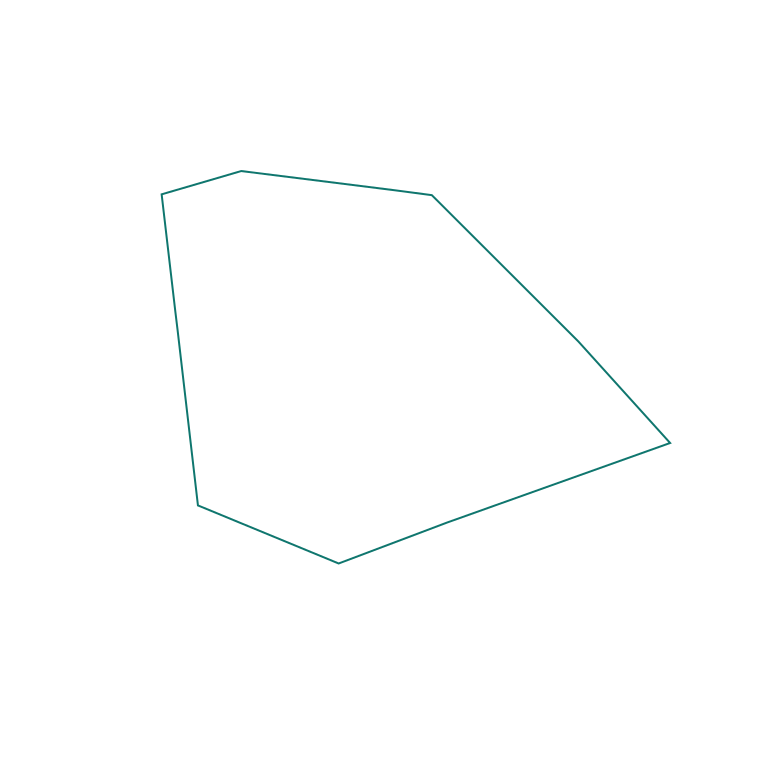 Bom Jesus, Rio Grande do Norte, Brazil, rotated 296°
{"feature_id": "56859067B58968790260972", "entity_name": "Bom Jesus", "entity_type": "district", "adm_level": 2, "iso_a3": "BRA", "parent_name": "Brazil", "parent_adm1": "Rio Grande do Norte", "projection": "robinson", "projection_center": [-35.585, -6.006], "detail": "fine", "context": "isolated", "style": "outline", "palette": "teal", "viewbox_px": 768, "rotation_deg": 296, "n_neighbors": 0, "source": "geoboundaries", "source_scale": "gbopen_adm2", "svg_char_len": 310}
<svg xmlns="http://www.w3.org/2000/svg" viewBox="0 0 768 768"><g transform="rotate(296 384 384)"><path d="M507.4,540.1L574.7,344.2L562.9,308.9L512.8,162.3L457.0,101.0L358.4,164.2L342.5,174.5L193.3,270.0L202.8,421.9L287.0,501.3L456.4,667.0L507.4,540.1Z" fill="none" stroke="#0f766e" stroke-width="2"/></g></svg>